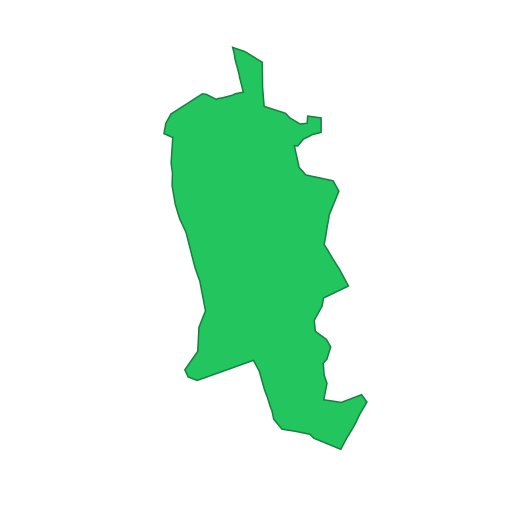 the district of Ahoada East, Rivers, Nigeria, rotated 346°
{"feature_id": "59680162B72068294191364", "entity_name": "Ahoada East", "entity_type": "district", "adm_level": 2, "iso_a3": "NGA", "parent_name": "Nigeria", "parent_adm1": "Rivers", "projection": "robinson", "projection_center": [6.655, 5.061], "detail": "fine", "context": "isolated", "style": "filled", "palette": "green", "viewbox_px": 512, "rotation_deg": 346, "n_neighbors": 0, "source": "geoboundaries", "source_scale": "gbopen_adm2", "svg_char_len": 1373}
<svg xmlns="http://www.w3.org/2000/svg" viewBox="0 0 512 512"><g transform="rotate(346 256 256)"><path d="M291.5,464.1L300.0,454.6L301.8,452.9L308.1,446.6L312.1,442.4L318.6,434.4L328.3,424.6L324.9,416.1L303.2,418.7L296.7,415.9L287.0,411.9L294.1,396.7L293.3,388.2L295.1,377.7L295.0,376.6L299.8,373.3L306.5,362.3L304.1,354.0L295.4,343.5L296.2,337.4L297.0,332.5L308.0,320.6L311.4,313.1L338.4,307.5L333.8,289.2L329.9,277.4L326.8,267.0L324.9,261.4L328.1,254.5L331.9,245.4L336.1,236.3L336.7,234.2L352.1,213.2L349.0,201.7L323.9,189.4L322.0,185.4L319.3,180.6L319.9,158.3L323.1,159.3L330.3,154.1L337.9,152.4L339.3,151.9L349.1,151.8L352.6,137.8L340.0,132.7L337.7,139.6L330.7,138.6L322.1,130.0L319.2,124.7L300.1,112.8L303.2,93.9L309.0,69.6L294.8,55.1L283.8,47.9L283.8,54.9L283.3,59.8L283.3,65.5L283.5,66.7L283.5,77.0L283.3,78.2L283.3,89.2L283.3,92.5L283.6,93.9L274.7,93.6L273.1,94.2L270.8,94.3L262.0,94.4L257.2,94.0L255.3,94.4L246.8,87.0L243.1,85.7L207.9,97.6L200.6,105.4L196.3,115.0L203.9,120.9L196.1,145.3L195.0,155.4L191.6,167.3L190.2,186.4L190.9,201.4L193.8,216.0L194.0,252.6L195.4,267.0L193.7,297.0L183.4,311.4L176.4,334.4L159.4,349.2L160.9,357.0L168.8,362.5L228.3,356.6L231.3,368.4L231.9,388.1L232.9,396.4L233.5,406.9L234.0,409.5L233.9,413.6L233.7,418.7L239.3,430.3L252.6,436.0L265.1,442.0L268.1,446.9L291.5,464.1Z" fill="#22c55e" stroke="#15803d" stroke-width="1.5"/></g></svg>